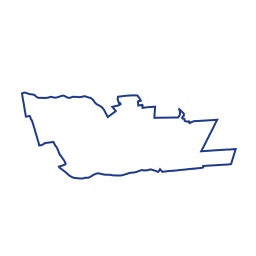 the district of Ciumesti, Satu Mare, Romania, rotated 334°
{"feature_id": "2599482B43227453478465", "entity_name": "Ciumesti", "entity_type": "district", "adm_level": 2, "iso_a3": "ROU", "parent_name": "Romania", "parent_adm1": "Satu Mare", "projection": "equal_earth", "projection_center": [22.322, 47.684], "detail": "fine", "context": "isolated", "style": "outline", "palette": "blue", "viewbox_px": 256, "rotation_deg": 334, "n_neighbors": 0, "source": "geoboundaries", "source_scale": "gbopen_adm2", "svg_char_len": 5607}
<svg xmlns="http://www.w3.org/2000/svg" viewBox="0 0 256 256"><g transform="rotate(334 128 128)"><path d="M211.8,159.7L206.0,157.4L204.7,156.8L201.7,155.6L194.1,152.4L193.9,152.4L192.0,151.5L190.3,150.8L190.1,150.8L188.4,150.6L184.6,150.6L184.9,150.5L185.2,150.4L185.4,150.2L185.6,150.0L185.8,149.8L186.0,149.5L186.0,149.3L186.0,149.2L185.9,148.9L185.7,148.8L185.3,148.6L184.7,148.4L184.3,148.3L183.9,148.1L182.5,147.1L182.2,146.8L182.1,146.6L182.1,146.4L182.1,146.2L182.3,145.7L182.6,145.0L182.6,144.6L182.5,144.4L182.4,144.2L182.1,144.0L181.3,143.6L181.1,143.4L181.0,143.2L181.1,142.8L181.2,142.6L181.3,142.4L181.6,142.1L182.0,141.9L182.4,141.7L182.8,141.7L183.2,141.6L183.3,141.6L183.4,141.4L184.2,140.4L184.4,140.1L184.4,139.5L184.4,139.3L183.5,136.9L182.8,135.0L182.3,133.5L182.2,133.6L182.1,134.0L182.0,134.4L182.0,134.8L182.1,135.1L182.1,135.4L182.1,135.9L181.8,136.4L181.5,136.9L181.1,137.6L180.7,138.3L180.6,138.6L180.2,138.9L179.7,139.3L179.2,139.7L178.7,140.0L178.4,140.2L177.6,140.5L156.2,130.4L157.4,128.2L161.7,120.7L152.6,117.1L152.3,117.1L150.7,116.6L150.0,116.3L150.1,116.2L150.4,114.0L150.5,114.0L151.0,114.1L151.0,113.4L147.1,112.4L148.5,108.6L148.6,108.4L148.8,108.4L151.4,109.1L151.5,108.1L151.3,105.9L150.7,102.8L150.4,102.7L145.8,100.4L141.0,98.4L132.7,95.5L132.3,96.2L131.5,97.1L131.1,98.8L130.7,102.2L131.7,102.0L131.9,103.2L130.9,103.5L130.1,103.6L129.3,103.5L128.6,103.4L126.4,102.8L123.2,102.1L124.5,107.4L122.4,107.9L119.4,108.4L118.3,108.6L114.6,109.3L114.4,101.3L114.3,100.6L114.0,99.4L113.7,98.3L113.4,97.4L113.1,96.8L112.7,96.2L110.6,93.3L110.2,92.7L109.4,90.7L109.3,89.9L109.2,89.3L109.1,88.6L108.9,87.2L108.8,86.9L108.5,86.3L107.5,84.4L107.3,84.3L106.9,84.1L106.5,83.8L103.3,80.7L103.0,80.5L102.7,80.3L100.0,79.7L98.7,79.3L97.5,78.8L97.0,78.6L96.7,78.3L96.1,77.8L95.5,77.5L94.7,77.2L92.9,76.2L92.3,75.9L91.8,75.7L90.0,75.6L89.2,75.4L88.4,75.1L87.8,74.8L87.3,74.4L86.7,73.8L86.3,73.3L84.9,71.3L84.4,70.8L84.0,70.5L83.4,70.3L81.9,70.0L79.7,69.7L79.1,69.6L78.5,69.5L77.2,69.3L76.2,69.0L75.6,68.7L74.7,68.1L74.0,67.5L73.2,66.8L72.5,66.3L71.9,66.0L71.3,65.9L70.8,65.9L70.0,65.8L69.3,65.7L67.6,65.0L65.8,64.3L63.6,63.0L62.9,62.7L62.1,62.4L61.6,62.1L61.0,61.8L60.5,61.3L59.9,60.7L59.4,59.9L59.0,59.1L58.7,58.0L58.4,57.4L58.1,57.1L57.7,56.6L57.1,56.2L56.3,55.6L55.3,55.0L53.7,53.8L52.3,52.4L51.7,51.8L51.2,51.3L50.5,50.7L48.9,50.5L47.9,50.4L47.3,52.3L46.4,55.2L46.0,56.4L45.6,58.1L44.9,60.7L44.3,62.5L43.5,65.2L42.8,67.5L42.4,69.1L41.7,71.3L41.2,73.0L42.9,73.6L43.8,73.8L44.9,74.1L44.9,75.1L44.9,76.2L44.7,77.0L44.5,77.8L45.0,79.1L44.8,80.2L44.6,81.3L44.5,82.0L44.4,82.7L44.2,84.0L44.1,84.6L44.0,85.6L43.8,86.4L43.7,87.4L43.5,88.4L43.3,89.1L43.3,89.7L42.9,91.4L42.7,93.0L42.4,94.8L42.1,96.7L41.7,98.5L41.6,99.5L41.3,101.3L40.9,103.6L40.8,104.2L40.5,104.6L41.2,105.1L43.0,105.5L43.7,105.5L45.4,105.4L46.2,105.2L46.5,105.2L47.0,105.2L47.0,105.4L47.8,105.5L49.6,106.1L53.5,107.4L54.8,107.8L54.8,108.0L54.9,108.7L54.9,109.6L54.9,110.1L54.9,110.7L54.9,111.3L54.9,112.1L55.3,113.1L55.3,113.3L55.4,113.9L55.4,114.4L55.4,115.5L55.3,118.2L55.1,121.3L55.0,122.6L55.3,123.0L55.4,123.5L55.6,124.6L55.8,126.2L55.9,126.6L56.0,127.7L56.1,127.9L56.3,129.3L56.4,130.3L56.4,130.9L56.3,131.4L56.3,131.9L56.3,132.6L56.3,132.8L55.1,133.3L53.6,133.1L51.7,132.9L49.0,132.4L49.0,133.2L49.0,133.4L49.8,135.0L50.8,136.9L51.6,138.5L53.1,141.6L54.0,144.1L54.3,144.7L54.6,145.4L54.8,145.7L56.2,147.6L56.4,147.9L57.3,148.8L57.7,149.2L59.1,150.1L60.6,151.0L62.5,152.2L62.9,152.4L63.5,152.7L65.0,153.4L65.5,153.6L66.4,153.8L67.0,153.9L68.4,154.2L68.7,154.3L69.5,154.9L69.9,155.1L70.1,155.2L70.6,155.2L72.0,155.4L72.5,155.4L73.8,155.3L74.4,155.2L75.5,155.0L76.4,155.0L78.2,155.0L79.7,155.2L80.1,155.2L80.7,155.5L81.5,155.8L81.8,155.9L82.1,156.2L82.8,156.8L83.5,157.3L83.8,157.5L85.2,158.7L85.9,159.2L86.3,159.6L86.7,159.8L88.2,160.6L90.0,161.5L91.4,162.2L92.8,163.3L93.4,163.8L94.4,164.3L98.3,166.4L99.9,167.1L100.5,167.4L101.6,167.8L102.3,168.0L103.7,168.2L106.0,168.6L107.8,168.8L108.8,168.9L110.5,169.3L111.5,169.7L112.1,169.9L112.8,170.2L113.9,170.6L115.2,171.0L116.2,171.2L117.2,171.3L118.4,171.4L119.4,171.5L120.1,171.6L120.9,171.7L121.1,171.7L121.4,171.8L121.9,171.8L122.3,172.0L122.5,172.1L122.7,172.3L123.1,172.7L123.3,172.9L123.6,173.1L123.9,173.3L124.5,173.4L125.5,173.9L125.6,174.0L126.6,174.3L127.2,174.5L128.1,174.7L128.8,174.8L129.5,174.9L129.7,175.0L130.1,175.2L130.4,175.3L130.7,175.5L130.9,175.7L131.5,176.4L132.5,177.2L133.9,178.5L134.3,179.0L134.7,179.4L135.8,180.7L136.5,180.4L137.0,180.2L138.7,179.1L139.4,181.5L139.7,182.5L140.1,182.6L140.5,182.7L144.1,184.0L145.7,184.5L147.0,185.0L149.3,186.0L151.0,186.7L153.9,187.7L156.4,188.6L160.1,190.0L161.8,190.6L164.9,191.7L167.5,192.7L167.8,192.7L169.0,193.2L168.9,193.3L171.5,194.2L173.4,194.9L176.4,196.0L178.2,196.4L178.3,196.4L178.9,195.1L181.6,196.2L183.4,196.9L185.5,197.8L186.9,198.4L188.4,199.0L190.6,200.0L192.1,200.5L192.3,200.5L194.1,201.4L194.9,201.7L197.6,202.8L199.2,203.5L200.9,204.2L201.8,204.6L203.3,205.1L203.5,205.2L204.6,205.6L204.8,205.6L205.0,205.5L206.5,203.8L207.4,202.8L208.1,202.1L209.8,200.3L211.3,198.7L212.6,197.3L214.2,195.5L214.6,195.1L215.5,194.1L212.7,193.0L209.9,191.9L208.0,191.0L202.5,188.7L195.2,185.7L187.0,182.4L183.8,181.1L183.6,181.0L186.5,178.8L187.8,177.9L189.5,176.6L190.6,175.8L192.5,174.3L194.1,173.1L195.2,172.3L196.7,171.2L197.1,170.8L197.3,170.7L197.8,170.3L198.3,169.9L198.9,169.5L200.0,168.6L201.0,167.9L202.4,166.9L203.9,165.7L204.8,165.1L206.2,163.9L206.7,163.5L206.9,163.4L207.5,162.9L208.9,161.9L210.0,161.0L211.2,160.1L211.8,159.7Z" fill="none" stroke="#1e3a8a" stroke-width="2"/></g></svg>